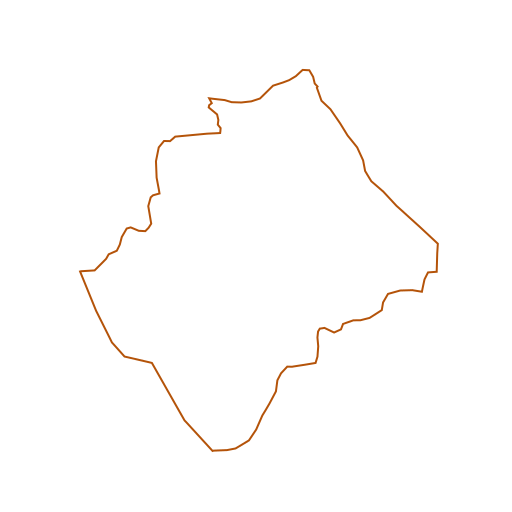 outline of Karforh, River Gee, Liberia, rotated 313°
{"feature_id": "62588387B52645090696794", "entity_name": "Karforh", "entity_type": "district", "adm_level": 2, "iso_a3": "LBR", "parent_name": "Liberia", "parent_adm1": "River Gee", "projection": "equal_earth", "projection_center": [-8.131, 5.281], "detail": "fine", "context": "isolated", "style": "outline", "palette": "amber", "viewbox_px": 512, "rotation_deg": 313, "n_neighbors": 0, "source": "geoboundaries", "source_scale": "gbopen_adm2", "svg_char_len": 1727}
<svg xmlns="http://www.w3.org/2000/svg" viewBox="0 0 512 512"><g transform="rotate(313 256 256)"><path d="M83.8,357.2L84.7,357.7L94.3,367.2L101.3,372.3L116.3,376.6L129.2,374.5L143.7,369.4L149.6,368.2L157.2,366.5L170.6,362.9L179.7,356.4L187.3,354.3L196.4,354.3L199.6,357.9L200.8,358.8L209.8,365.9L218.4,372.5L224.3,369.6L232.4,363.1L238.3,356.5L243.1,352.9L246.4,352.2L248.5,353.9L250.1,355.1L253.3,365.3L260.3,368.2L265.7,366.0L275.4,371.1L280.1,376.1L288.2,381.3L302.2,384.9L308.7,380.6L318.3,378.4L329.1,385.0L337.7,393.7L338.4,394.8L343.0,401.7L347.6,398.9L353.8,395.2L361.3,393.0L367.7,398.9L381.7,386.6L389.0,380.6L389.0,356.5L388.8,343.1L388.6,328.5L388.5,324.5L389.9,305.3L389.3,289.4L391.4,281.9L392.6,277.8L399.0,269.1L404.4,256.0L404.8,253.5L406.6,240.8L410.4,227.0L414.1,210.3L414.2,198.0L420.6,185.7L421.9,185.5L422.2,181.3L426.0,175.6L428.2,168.3L427.5,167.5L423.9,163.2L420.2,162.9L414.7,162.5L407.2,160.3L401.3,157.4L392.2,152.3L373.9,151.5L365.9,147.1L358.3,140.6L351.9,133.3L348.7,126.8L341.4,117.0L339.4,114.2L337.6,119.4L334.3,118.9L332.4,120.1L333.0,131.0L329.8,135.7L326.0,138.5L325.4,142.9L322.9,144.9L321.5,145.9L319.6,144.1L312.1,136.8L292.9,119.7L288.2,115.5L281.4,114.8L277.4,110.3L269.1,110.8L257.1,118.2L245.5,129.9L238.5,139.4L237.3,141.0L235.9,142.8L235.1,142.3L230.2,139.3L227.1,139.0L219.0,143.2L208.2,157.3L203.4,158.2L198.7,158.1L194.5,153.1L191.7,145.5L191.4,144.8L187.9,142.7L178.3,144.9L171.5,148.6L167.3,149.9L164.9,150.6L156.8,147.1L151.8,148.3L150.8,148.3L135.4,147.8L125.5,138.4L124.7,137.9L106.9,176.4L96.6,204.1L94.5,209.6L94.1,214.3L92.8,228.4L104.2,248.2L105.3,250.1L106.8,252.8L91.6,301.2L87.0,315.9L86.9,318.0L83.8,357.2Z" fill="none" stroke="#b45309" stroke-width="2"/></g></svg>